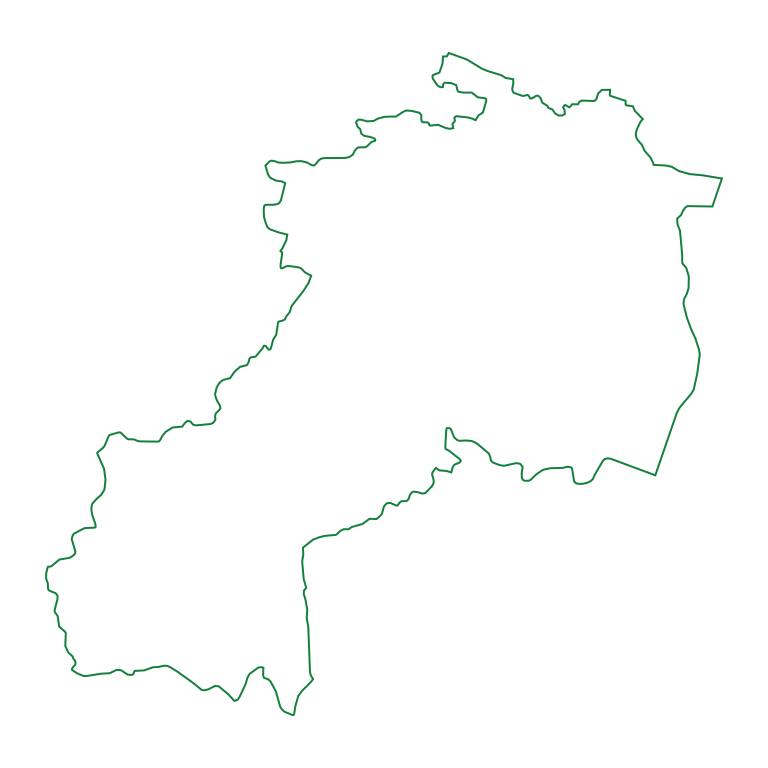 outline of Tuy Phuoc, Bình Định, Vietnam
{"feature_id": "81297802B71017047307278", "entity_name": "Tuy Phuoc", "entity_type": "district", "adm_level": 2, "iso_a3": "VNM", "parent_name": "Vietnam", "parent_adm1": "Bình Định", "projection": "mercator", "projection_center": [109.153, 13.841], "detail": "fine", "context": "isolated", "style": "outline", "palette": "green", "viewbox_px": 768, "rotation_deg": 0, "n_neighbors": 0, "source": "geoboundaries", "source_scale": "gbopen_adm2", "svg_char_len": 6030}
<svg xmlns="http://www.w3.org/2000/svg" viewBox="0 0 768 768"><path d="M47.8,566.9L46.2,573.2L46.1,578.4L47.8,583.3L48.1,589.1L49.0,590.4L50.4,591.1L55.7,593.2L57.6,595.7L57.4,599.5L54.6,610.0L54.8,612.0L57.7,616.2L59.2,626.7L65.0,631.7L65.8,633.1L65.3,646.1L68.4,652.6L72.6,656.4L73.3,658.5L75.2,661.0L75.5,663.5L75.0,664.9L72.3,668.0L72.0,669.9L77.3,673.4L83.9,676.1L87.3,675.9L101.2,673.7L109.7,673.2L116.3,670.1L119.8,669.9L121.6,670.6L127.8,674.7L131.9,674.9L133.3,674.2L134.2,671.6L134.9,670.9L144.1,670.4L152.8,667.3L157.9,667.0L164.3,665.7L167.2,665.9L169.7,666.9L177.5,671.7L194.3,683.8L201.5,689.8L204.2,690.3L208.4,689.3L215.1,685.9L218.7,686.3L228.3,694.3L234.4,700.9L237.8,699.6L239.9,696.3L245.7,683.8L247.4,677.8L249.7,673.8L258.4,667.5L261.7,667.2L263.4,667.8L263.1,675.5L264.1,677.9L267.9,679.1L270.3,681.1L275.9,691.4L280.0,706.2L281.2,708.4L284.2,711.6L292.2,714.9L293.6,715.0L294.1,714.1L295.4,706.0L298.3,695.9L302.2,690.7L310.7,682.2L313.1,679.1L310.9,675.6L310.0,672.3L308.3,627.1L306.7,617.9L307.3,609.8L305.5,599.8L303.8,594.1L303.9,590.7L306.2,587.8L303.7,579.0L302.2,561.4L303.3,554.1L302.9,547.7L312.9,539.7L319.4,537.2L324.6,535.9L335.7,534.9L336.7,534.4L340.6,530.7L343.6,529.2L348.5,529.3L351.8,527.0L362.4,524.0L369.5,518.8L376.5,519.0L380.3,515.8L382.0,513.6L383.9,506.6L385.7,504.3L387.4,503.1L390.7,503.0L395.7,505.4L397.4,505.6L399.8,502.4L401.7,501.1L406.1,501.1L407.3,500.5L408.7,498.8L409.9,495.0L412.1,492.2L413.3,491.7L417.1,492.0L422.2,493.6L425.3,493.1L431.9,486.3L433.6,483.2L433.7,480.5L432.1,474.4L432.5,472.3L435.9,467.9L439.3,470.4L446.2,470.9L451.3,472.4L452.6,467.5L454.2,464.8L459.3,462.7L460.8,460.9L460.2,459.5L449.0,450.7L445.7,449.0L445.3,446.6L446.3,429.4L446.9,428.1L449.2,428.1L450.9,429.2L454.1,437.2L457.0,440.0L459.3,440.8L466.1,440.5L471.7,441.0L475.8,442.8L478.9,445.1L489.0,453.7L490.2,456.9L490.9,460.4L492.8,462.5L499.6,465.1L502.5,465.6L504.6,465.7L515.8,463.2L518.6,463.4L520.6,464.2L522.6,467.0L521.7,473.6L521.9,478.1L523.3,480.2L524.8,480.7L528.6,480.8L530.8,479.7L536.2,474.4L542.4,470.2L544.6,469.4L550.5,468.2L562.4,467.9L567.9,466.7L570.8,467.3L572.0,468.4L574.1,480.9L574.8,482.3L576.5,483.5L579.1,483.9L583.5,483.7L587.1,482.8L590.6,481.2L592.9,479.0L594.8,474.7L602.9,460.8L604.4,459.3L607.3,458.3L611.1,458.9L655.3,475.3L676.7,413.2L678.6,409.3L680.7,406.3L691.1,393.9L693.7,389.7L697.2,373.7L699.8,354.3L698.9,349.3L695.5,338.7L691.1,329.1L686.9,317.7L683.5,304.0L684.0,299.3L686.7,294.1L688.6,288.2L688.8,276.5L686.3,268.0L682.5,263.5L682.2,262.4L682.2,255.2L680.0,230.7L677.6,224.6L677.1,218.7L681.0,215.1L682.9,211.0L685.2,207.6L687.5,206.1L712.4,206.5L721.9,178.5L702.6,175.3L689.8,174.1L679.0,171.1L671.8,166.8L665.7,165.5L653.7,164.9L653.1,162.7L650.3,157.2L644.7,151.0L641.8,144.7L637.8,140.2L636.2,137.2L635.8,133.4L636.9,129.3L640.5,121.7L642.8,119.1L634.8,110.8L632.8,106.2L626.2,105.3L625.6,104.2L625.6,100.8L610.5,95.9L609.8,95.0L610.1,89.8L601.9,89.9L598.1,93.5L596.4,99.1L594.4,101.0L581.8,100.6L579.5,101.7L577.9,104.3L572.2,104.2L570.4,106.5L569.2,107.3L565.6,105.1L564.2,105.5L563.1,107.3L564.6,110.0L564.8,113.9L562.2,115.5L558.6,115.5L555.3,113.6L552.4,109.5L548.7,108.0L548.0,107.5L547.4,105.8L542.4,102.8L540.5,98.0L538.4,95.9L537.5,95.6L535.6,96.1L533.1,97.8L531.0,98.5L530.1,98.3L528.5,95.5L527.6,95.0L522.8,96.0L513.7,92.8L512.8,91.5L512.2,89.1L513.3,83.1L513.2,79.2L505.9,78.0L501.2,75.2L487.9,71.1L482.1,68.8L466.9,59.5L448.8,53.0L446.8,56.4L443.0,56.5L442.5,63.8L439.4,72.6L433.3,74.9L432.4,76.1L432.8,78.6L437.5,85.6L440.5,87.2L442.8,87.1L443.3,84.0L444.6,82.7L451.2,83.1L456.2,85.1L457.7,91.0L458.7,91.8L463.5,92.6L471.8,92.6L477.8,97.3L485.2,98.3L486.1,98.9L486.3,100.8L482.9,112.5L478.3,115.5L475.6,120.2L472.4,118.7L467.7,117.4L456.2,116.2L454.4,117.7L454.9,120.9L452.5,123.9L453.2,128.2L449.6,128.8L445.7,128.0L438.2,124.8L430.5,125.6L429.3,125.2L428.7,123.1L427.2,122.3L423.4,122.3L421.9,121.7L421.3,119.5L421.3,115.0L419.5,112.8L412.1,111.0L407.8,110.6L405.8,110.6L403.3,111.8L396.0,116.5L384.5,116.8L377.6,118.7L373.9,120.9L367.4,121.4L361.0,119.7L358.5,119.6L356.5,121.3L356.1,122.3L357.6,126.8L360.2,129.1L361.3,133.6L364.1,135.8L370.3,137.0L374.5,138.5L375.2,139.4L375.2,140.7L371.4,142.0L367.4,146.0L365.5,147.2L358.6,147.4L357.1,148.0L354.7,150.8L352.8,154.7L349.2,157.1L345.2,157.9L324.6,158.1L321.3,158.6L318.9,160.1L315.9,163.9L313.9,165.5L311.9,165.3L306.8,162.4L301.0,161.1L296.2,161.3L290.0,162.5L282.4,162.8L278.1,162.5L274.9,161.2L271.6,160.7L269.6,161.3L265.4,165.5L268.1,174.7L270.1,177.5L271.2,178.4L276.1,180.6L281.7,181.4L285.2,183.1L280.9,200.4L279.5,202.6L278.0,203.9L274.1,204.7L265.4,204.8L264.1,206.2L263.7,210.0L264.0,216.9L265.7,222.8L267.3,226.8L268.4,228.1L269.7,229.2L278.9,232.5L287.3,234.6L286.3,240.2L282.5,248.1L280.4,251.0L282.0,252.4L282.2,253.5L280.6,264.3L280.6,267.2L281.0,268.1L282.1,268.3L286.2,266.3L288.4,266.0L294.6,266.7L299.7,267.7L301.2,268.5L305.3,272.6L311.2,275.7L308.5,283.0L303.2,291.3L291.8,305.7L289.5,312.5L286.5,316.1L284.8,319.5L282.3,320.7L278.9,321.5L278.1,322.3L276.2,334.9L273.2,339.6L270.8,348.5L270.0,349.4L268.6,349.7L265.7,345.9L264.0,345.7L262.5,348.4L255.5,356.7L251.2,357.2L249.5,358.5L248.4,362.7L246.9,365.1L240.0,366.9L234.7,371.5L230.1,378.1L223.3,379.9L220.7,381.7L218.5,384.2L216.6,387.8L215.1,393.9L215.4,396.1L217.0,400.7L219.9,405.5L220.4,408.2L219.7,409.5L215.6,413.6L215.1,416.2L215.4,419.8L213.3,422.7L210.6,424.0L195.7,425.4L193.1,424.6L190.5,421.6L188.1,420.8L187.2,421.1L185.0,422.9L182.2,426.6L172.6,427.5L165.6,431.9L162.5,435.7L159.9,440.5L158.3,441.6L140.3,441.4L138.1,441.1L134.0,439.4L128.6,439.3L127.3,438.8L120.6,432.6L119.1,432.3L109.5,435.0L108.7,436.0L104.8,445.4L103.4,447.5L97.4,452.5L97.2,453.3L104.1,468.9L105.5,479.9L104.5,489.3L103.4,491.5L100.8,495.2L96.7,498.8L92.3,503.7L91.5,506.7L91.5,510.9L92.6,516.2L95.3,523.7L95.7,526.8L94.8,527.6L84.3,528.2L73.9,533.7L72.5,535.8L71.7,539.2L75.3,551.1L75.1,553.6L73.1,555.7L69.6,557.8L59.3,559.6L51.3,566.3L47.8,566.9Z" fill="none" stroke="#15803d" stroke-width="2"/></svg>